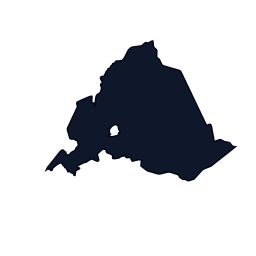 SVG path tracing the border of Tillabéri, rotated 67°
{"feature_id": "NER-4859", "entity_name": "Tillabéri", "entity_type": "Department", "adm_level": 1, "iso_a3": "NER", "parent_name": "Niger", "parent_adm1": "", "projection": "equal_earth", "projection_center": [2.123, 13.809], "detail": "fine", "context": "isolated", "style": "filled", "palette": "ink", "viewbox_px": 256, "rotation_deg": 67, "n_neighbors": 0, "source": "natural_earth", "source_scale": "10m", "svg_char_len": 5658}
<svg xmlns="http://www.w3.org/2000/svg" viewBox="0 0 256 256"><g transform="rotate(67 128 128)"><path d="M150.9,195.3L150.5,196.1L149.6,196.1L149.2,196.2L148.5,196.2L148.2,196.3L147.8,196.6L147.2,197.5L146.9,197.9L146.5,198.0L146.1,197.6L145.8,197.8L145.6,198.1L145.5,198.5L145.4,198.8L145.3,199.2L144.8,200.3L144.4,200.5L143.2,200.1L142.9,200.1L142.5,200.5L142.3,200.7L142.1,200.7L141.8,200.4L141.7,200.4L140.4,200.8L140.2,201.0L139.9,201.4L139.7,201.6L139.3,201.4L139.3,201.1L139.2,201.0L138.8,201.0L138.4,200.9L138.2,201.0L138.0,201.6L137.8,202.1L137.6,202.1L137.4,201.8L137.2,201.7L137.0,201.9L136.7,202.4L136.6,202.5L136.1,202.6L135.3,202.5L134.8,202.6L134.0,203.2L133.7,204.0L133.7,205.1L134.0,207.8L135.2,212.3L135.4,212.7L135.7,213.1L136.1,213.5L136.4,213.8L136.8,213.9L137.0,214.1L137.1,214.7L137.1,215.5L136.8,215.6L136.4,215.4L136.1,215.4L135.8,215.8L135.5,216.5L135.3,216.8L135.0,217.0L134.7,216.9L134.4,217.0L134.2,217.6L134.2,218.1L134.6,219.0L134.7,219.5L132.8,217.4L130.0,212.2L127.5,207.5L124.8,202.6L123.3,199.8L122.6,198.1L122.7,196.7L123.2,196.1L125.3,195.5L125.5,195.4L125.7,194.9L125.9,194.7L126.1,194.8L126.4,195.0L126.6,195.1L128.7,194.8L129.3,194.7L129.5,194.1L129.4,193.1L129.4,192.8L129.6,192.3L129.6,192.1L129.4,191.8L129.0,191.1L128.8,190.7L128.5,190.0L128.3,189.4L128.0,186.5L127.9,185.9L127.7,185.2L127.3,184.7L126.7,184.2L126.3,183.8L125.9,183.3L125.8,183.0L125.6,182.1L124.7,180.6L123.2,180.1L119.8,179.7L119.4,180.0L118.8,180.9L118.4,181.2L118.2,181.1L117.9,181.0L117.6,181.1L117.5,181.3L117.2,181.9L116.6,183.1L116.2,184.1L115.8,184.9L115.2,185.4L114.6,185.5L110.1,185.0L106.4,184.6L105.2,184.2L104.2,183.4L101.8,180.7L99.8,178.5L96.9,175.3L96.0,174.3L93.4,171.3L91.2,169.0L89.2,166.7L88.1,166.0L85.6,165.7L84.6,165.0L84.3,164.2L84.2,163.3L84.2,162.4L84.1,159.4L84.1,154.9L84.1,150.8L84.6,148.9L85.4,149.0L88.2,150.5L90.1,151.2L90.9,151.6L91.1,151.5L91.5,149.9L91.7,149.3L91.9,149.1L92.5,149.3L93.1,150.0L93.8,150.5L94.7,149.9L94.1,148.9L93.5,148.4L92.9,148.2L91.4,148.0L90.8,147.7L86.9,145.4L85.7,144.2L85.1,142.8L84.9,140.6L83.5,138.6L81.5,137.1L79.9,136.4L78.6,136.6L77.9,136.5L77.2,136.1L76.8,135.6L76.8,135.3L76.9,135.1L76.9,134.9L76.9,134.6L76.9,134.2L76.8,133.9L76.4,133.8L71.7,134.0L70.8,133.5L70.3,132.3L70.4,131.6L70.8,130.6L71.0,129.7L70.8,129.3L70.1,128.9L69.7,128.4L69.3,127.7L68.1,126.7L67.6,126.0L67.4,125.8L67.2,125.3L66.9,124.4L66.6,124.0L65.8,123.3L65.6,123.0L65.6,122.5L65.9,121.6L65.9,121.2L65.5,120.6L64.9,120.2L64.3,119.7L64.0,118.8L64.0,118.0L63.6,117.6L63.1,117.3L62.8,116.8L62.8,116.4L63.1,115.6L63.2,115.3L63.0,114.9L62.8,114.6L62.6,114.4L62.4,114.1L61.9,113.2L61.8,112.6L61.9,112.1L62.8,110.3L62.9,109.8L63.1,108.3L63.3,107.9L63.6,107.3L63.6,106.9L63.5,106.6L62.0,103.9L56.9,97.8L56.5,97.3L55.4,94.9L55.2,92.5L57.6,83.7L57.4,82.3L56.4,79.5L56.4,78.1L56.9,77.4L57.3,76.9L57.7,76.2L57.6,75.1L57.4,72.8L57.4,71.6L57.7,71.1L62.4,72.6L63.6,72.6L64.7,72.3L67.0,71.3L68.1,71.2L73.6,73.8L74.1,73.7L75.1,73.4L76.1,72.9L77.1,72.4L82.6,72.1L83.5,71.9L84.4,71.3L87.4,67.7L89.7,64.9L92.5,61.4L94.9,58.5L95.9,57.7L97.1,57.4L99.7,57.2L103.1,57.1L106.6,56.9L110.0,56.8L113.4,56.6L116.8,56.5L120.3,56.3L123.7,56.2L127.1,56.0L130.5,55.9L134.0,55.7L137.4,55.6L140.8,55.4L144.2,55.3L147.6,55.1L151.1,55.0L154.5,54.8L156.2,54.7L156.4,54.1L156.4,52.3L156.5,51.5L156.6,51.0L156.9,50.7L157.4,50.6L158.8,50.5L163.1,51.5L169.7,52.9L173.4,53.8L173.6,53.8L174.2,54.0L174.5,48.5L174.9,47.2L178.0,44.8L180.7,40.8L182.0,39.9L184.9,39.2L186.2,38.2L187.1,36.8L187.2,36.5L187.5,37.2L195.5,66.6L195.3,73.2L195.4,75.3L195.7,76.3L200.8,87.2L200.2,92.9L199.1,94.4L198.2,94.8L197.8,95.0L197.5,95.4L197.1,96.9L196.7,97.5L196.1,98.0L193.4,99.7L193.1,99.7L192.1,99.7L191.6,99.7L191.3,99.9L190.7,100.2L190.2,100.5L185.4,106.0L184.4,107.9L184.2,108.4L184.0,109.1L182.8,116.4L182.5,117.3L181.8,118.5L175.3,126.5L174.1,127.4L168.2,130.8L167.8,130.8L167.3,130.6L163.6,128.6L163.0,128.3L162.5,128.3L162.2,128.8L161.5,130.3L161.1,131.6L160.5,135.6L160.3,136.4L160.1,137.0L159.6,137.2L159.0,137.3L156.5,137.3L156.3,137.4L155.9,137.6L155.7,138.2L154.9,140.5L154.6,141.0L154.1,141.3L153.1,141.5L152.3,141.8L152.2,142.1L152.1,142.3L152.0,143.3L151.8,144.4L151.6,145.4L151.5,146.0L151.6,146.5L151.9,147.4L152.0,147.6L152.0,147.9L151.6,150.1L151.1,152.1L150.4,153.4L150.2,153.7L150.0,153.9L149.7,153.9L149.2,153.7L148.7,153.3L148.6,153.2L147.7,153.1L147.2,153.1L146.0,153.4L142.9,156.6L142.8,156.8L142.4,156.9L142.0,157.1L141.8,157.1L141.4,157.2L140.9,157.1L140.1,156.8L139.9,156.8L139.7,156.8L139.4,156.9L138.9,157.3L138.6,157.6L138.1,158.3L137.9,158.8L137.7,159.1L137.7,159.4L137.7,159.7L137.7,160.0L139.9,166.5L140.0,166.5L145.6,167.3L146.2,167.5L146.6,167.9L146.7,168.7L146.7,169.1L146.6,169.3L146.0,169.8L144.7,171.2L144.6,171.3L143.8,171.9L143.2,172.4L142.7,173.0L142.5,173.3L142.4,173.7L142.3,173.9L142.2,174.5L142.3,175.1L142.3,175.7L142.9,178.8L143.0,179.3L143.0,180.0L142.9,180.9L142.7,182.0L142.7,183.2L142.9,186.5L143.0,187.4L143.2,188.0L143.2,189.3L143.3,189.8L144.7,189.8L144.8,189.9L144.9,190.0L145.2,190.0L145.3,189.6L145.3,189.3L145.4,189.0L145.6,188.6L145.7,188.4L146.1,188.3L146.4,188.4L146.6,188.9L146.7,189.6L146.7,190.8L146.9,192.1L147.3,193.2L148.1,193.7L148.8,193.9L150.1,194.9L150.9,195.3ZM125.1,137.0L123.3,136.5L122.0,136.5L120.7,137.2L119.9,138.4L119.8,139.5L119.9,141.2L120.5,143.0L121.3,144.5L122.4,145.9L123.6,146.5L124.9,146.7L126.1,146.9L127.2,146.7L127.4,147.4L127.6,148.2L127.8,149.0L128.6,148.2L129.2,147.7L129.9,145.8L130.3,143.7L130.6,141.8L130.7,140.3L130.6,139.1L130.0,138.6L129.2,138.9L128.8,138.4L128.9,136.9L128.6,136.8L126.9,136.9L125.1,137.0Z" fill="#0f172a" stroke="#020617" stroke-width="1.5"/></g></svg>